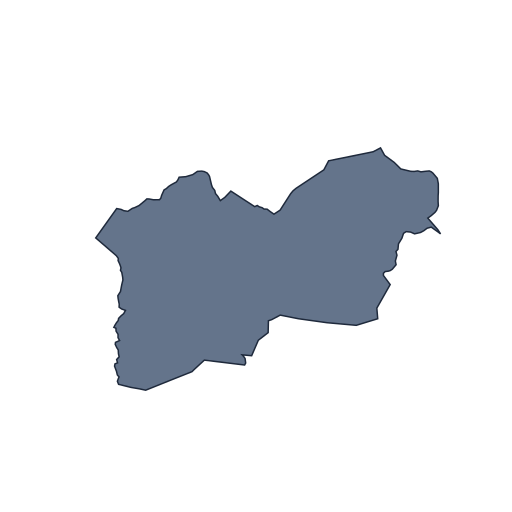 the district of Caicó, Rio Grande do Norte, Brazil, rotated 49°
{"feature_id": "56859067B32446834792764", "entity_name": "Caicó", "entity_type": "district", "adm_level": 2, "iso_a3": "BRA", "parent_name": "Brazil", "parent_adm1": "Rio Grande do Norte", "projection": "orthographic", "projection_center": [-37.055, -6.462], "detail": "fine", "context": "isolated", "style": "filled", "palette": "slate", "viewbox_px": 512, "rotation_deg": 49, "n_neighbors": 0, "source": "geoboundaries", "source_scale": "gbopen_adm2", "svg_char_len": 2223}
<svg xmlns="http://www.w3.org/2000/svg" viewBox="0 0 512 512"><g transform="rotate(49 256 256)"><path d="M316.3,68.2L309.4,68.1L307.4,68.5L305.5,69.4L303.2,72.6L300.7,76.3L297.9,78.1L296.0,81.1L293.7,83.6L285.3,89.6L276.0,90.3L264.4,92.9L256.1,91.1L254.2,99.1L252.5,102.2L231.8,138.7L235.5,148.3L231.2,181.3L231.1,185.2L231.7,188.9L235.4,201.6L237.2,207.7L236.2,215.0L231.9,216.1L227.9,216.9L225.9,219.1L223.5,219.7L221.0,221.3L218.7,221.9L217.9,224.6L190.5,232.4L191.3,241.1L190.8,246.6L185.9,245.7L182.3,245.6L179.4,244.1L175.6,243.9L172.9,242.8L165.5,238.9L163.6,238.5L161.3,238.4L158.3,239.7L156.3,241.3L153.7,244.7L153.1,250.3L150.1,256.9L146.1,262.3L147.3,265.0L147.9,267.5L146.6,273.3L146.2,276.3L146.3,279.5L145.8,282.0L148.3,287.4L149.9,289.9L150.2,291.9L146.3,296.5L142.9,299.2L141.3,300.9L141.4,303.5L141.2,311.1L139.9,315.8L138.9,318.1L138.2,323.4L135.0,326.1L132.4,327.2L128.8,330.0L137.2,365.1L164.1,361.2L167.5,361.5L169.0,363.1L172.2,364.0L174.4,364.8L176.4,365.7L177.9,367.7L180.2,368.0L184.6,370.6L186.8,372.2L189.7,376.3L193.9,381.6L195.3,386.3L197.4,387.8L200.4,389.6L202.6,390.8L204.8,392.9L207.8,392.2L211.4,390.2L212.7,393.7L212.6,397.0L212.9,400.6L214.3,402.3L214.8,405.0L215.7,407.9L216.6,410.1L218.6,409.1L220.9,410.9L224.6,411.5L227.1,413.7L230.3,414.4L229.0,418.7L230.3,420.2L233.8,421.2L236.5,421.6L239.6,424.0L242.3,425.4L242.7,429.1L245.8,430.6L244.9,433.2L246.3,435.0L251.6,437.0L254.8,438.7L257.4,438.7L258.4,440.7L259.6,442.8L262.7,443.9L273.1,436.6L279.7,431.2L284.9,427.3L293.7,401.9L301.3,380.2L301.1,377.1L300.7,363.3L330.8,336.1L330.0,334.0L326.2,331.5L323.6,331.2L321.5,331.3L328.4,324.7L321.1,309.5L321.8,297.1L313.0,289.1L314.3,286.0L316.5,276.5L331.1,265.2L352.9,246.2L374.1,225.8L383.2,205.3L374.6,199.0L365.6,173.5L354.3,172.6L352.6,171.1L352.5,168.7L354.3,166.0L355.1,164.2L355.4,161.8L354.5,156.0L351.2,154.1L347.9,149.1L344.4,147.4L344.1,144.5L340.3,140.5L338.3,134.2L335.7,129.8L336.1,126.7L339.4,123.6L343.3,121.8L346.2,116.4L347.0,112.8L347.3,108.6L349.2,104.8L357.5,102.8L360.4,102.2L355.4,101.5L340.1,101.5L340.5,97.3L340.5,92.3L340.0,89.8L337.7,85.4L334.3,82.8L330.0,79.0L327.8,76.8L321.1,71.0L316.3,68.2Z" fill="#64748b" stroke="#1e293b" stroke-width="1.5"/></g></svg>